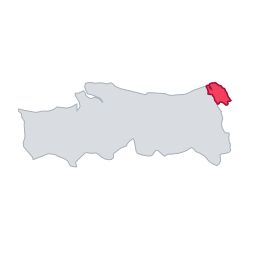 Viana do Castelo highlighted on a map of Portugal, rotated 81°
{"feature_id": "PRT-741", "entity_name": "Viana do Castelo", "entity_type": "District", "adm_level": 1, "iso_a3": "PRT", "parent_name": "Portugal", "parent_adm1": "", "projection": "orthographic", "projection_center": [-8.501, 41.884], "detail": "fine", "context": "in_parent", "style": "filled", "palette": "rose", "viewbox_px": 256, "rotation_deg": 81, "n_neighbors": 0, "source": "natural_earth", "source_scale": "10m", "svg_char_len": 3450}
<svg xmlns="http://www.w3.org/2000/svg" viewBox="0 0 256 256"><g transform="rotate(81 128 128)"><path d="M100.0,30.8L102.8,28.0L105.7,26.2L107.3,25.5L113.9,23.6L115.6,22.7L117.2,22.9L117.5,23.8L118.4,25.5L119.5,26.7L119.8,27.6L117.2,31.4L116.9,32.7L118.2,35.1L118.5,35.8L119.1,36.1L120.9,36.0L124.1,34.4L126.2,33.1L127.0,33.7L133.2,32.9L134.7,33.4L135.7,34.1L138.8,35.0L142.1,35.0L146.3,33.7L148.0,32.4L148.4,31.0L148.4,29.9L149.0,29.2L149.9,28.8L151.4,29.5L153.5,30.0L158.6,30.2L159.5,29.4L161.3,29.6L163.5,30.5L166.1,30.1L167.5,31.3L168.1,32.9L168.3,36.4L168.2,39.9L168.7,41.2L170.5,41.5L173.4,41.4L176.0,42.3L178.0,43.9L178.7,45.6L179.0,46.7L178.1,47.4L176.7,50.0L173.3,53.3L168.3,56.4L164.6,60.2L162.0,64.6L158.7,66.6L157.7,67.6L157.3,68.8L159.6,74.1L160.4,78.3L161.0,83.3L160.7,84.8L160.6,90.4L160.1,92.1L160.3,93.4L161.1,94.8L161.5,96.2L160.0,97.9L157.3,100.0L155.2,101.8L154.7,103.5L154.8,104.5L158.4,108.0L159.1,109.4L158.7,112.9L156.7,118.7L154.8,122.2L154.5,122.6L152.3,123.6L141.6,123.8L139.1,124.6L139.4,125.3L142.0,129.7L144.6,132.1L145.5,132.6L146.5,137.8L150.9,146.1L155.1,147.2L156.5,149.3L156.3,152.2L155.1,155.4L152.6,158.8L149.6,161.1L147.6,163.5L147.5,166.2L146.9,169.6L146.0,172.3L145.8,174.1L153.6,185.3L157.9,184.7L158.4,185.0L157.7,187.7L156.4,190.9L154.8,191.5L151.1,192.6L147.7,196.7L145.0,201.7L142.9,204.1L141.0,210.0L141.3,212.5L142.3,216.5L144.4,226.6L141.5,227.1L130.4,233.9L126.9,234.0L120.4,231.1L109.0,230.1L105.2,229.3L100.6,231.2L97.0,231.1L94.1,233.6L92.1,232.9L94.5,227.4L98.2,216.5L98.0,209.9L98.9,204.1L98.0,198.4L96.1,194.8L98.7,185.6L98.4,180.8L96.2,174.7L103.0,175.7L100.9,173.3L98.8,171.8L96.8,172.1L95.1,172.0L89.2,174.4L86.3,175.0L85.4,174.6L85.8,170.9L84.3,166.0L86.6,164.8L89.4,164.4L91.7,162.4L93.1,160.1L92.4,155.9L94.4,152.0L99.1,148.8L96.7,149.3L93.9,151.3L89.5,158.7L88.0,162.5L84.3,163.7L80.9,164.3L79.2,163.9L77.1,162.9L77.0,160.1L77.2,157.9L78.6,153.5L79.2,147.2L81.2,141.6L81.1,140.2L80.6,137.9L82.3,135.8L84.5,134.4L87.8,129.6L92.5,118.2L97.8,106.0L97.4,104.5L96.3,103.4L96.7,100.1L99.9,85.8L101.2,84.0L102.7,79.8L103.0,73.0L103.6,68.4L103.5,66.0L103.0,63.2L101.1,57.9L99.0,46.5L98.9,42.7L100.6,40.8L97.8,40.5L96.5,38.1L96.8,35.3L100.0,30.8Z" fill="#d9dde1" stroke="#a8b0b8" stroke-width="1"/><path d="M116.9,22.0L117.2,22.4L117.5,23.1L117.4,24.8L117.5,25.5L117.9,25.8L118.4,25.7L118.9,25.4L119.5,25.4L120.1,25.6L120.6,26.1L120.8,26.7L120.8,27.4L120.5,27.9L120.0,28.3L119.1,28.9L118.2,29.8L117.0,31.6L116.7,32.3L116.7,33.1L117.0,33.8L118.1,34.2L118.4,34.6L118.4,35.1L118.3,36.1L118.2,36.1L117.8,36.1L114.9,37.7L114.1,38.0L111.4,38.2L111.0,38.3L110.6,38.4L110.3,38.6L109.8,39.1L109.3,39.3L109.0,39.3L108.8,39.2L108.5,39.3L108.4,39.4L108.1,39.6L108.0,39.9L108.0,40.3L107.9,40.9L107.8,41.2L107.7,41.5L107.3,42.0L107.2,42.3L107.4,42.7L106.8,43.7L106.6,43.7L106.4,43.6L106.0,43.4L105.4,43.3L104.5,42.9L104.2,42.8L104.0,43.1L103.7,43.3L101.9,43.4L99.6,44.2L99.3,44.2L98.7,44.1L98.6,43.6L98.3,42.9L98.3,41.9L98.4,41.4L99.1,41.2L101.0,40.9L101.5,40.6L102.0,40.3L102.4,39.8L99.0,40.9L98.3,41.0L97.9,40.9L97.3,40.5L96.8,39.2L96.8,38.0L97.0,36.2L96.8,35.0L96.9,34.6L97.2,34.2L99.4,32.4L100.4,31.2L100.8,29.7L101.1,29.4L101.8,29.0L102.6,28.8L103.2,28.4L103.5,28.0L103.8,27.1L104.0,26.7L104.6,26.3L105.1,26.2L106.2,26.1L106.8,25.9L107.8,25.2L108.4,25.0L113.1,24.2L113.7,23.9L114.4,23.2L114.7,23.0L114.9,23.0L115.5,22.9L116.0,22.7L116.9,22.0Z" fill="#f43f5e" stroke="#9f1239" stroke-width="1.5"/></g></svg>